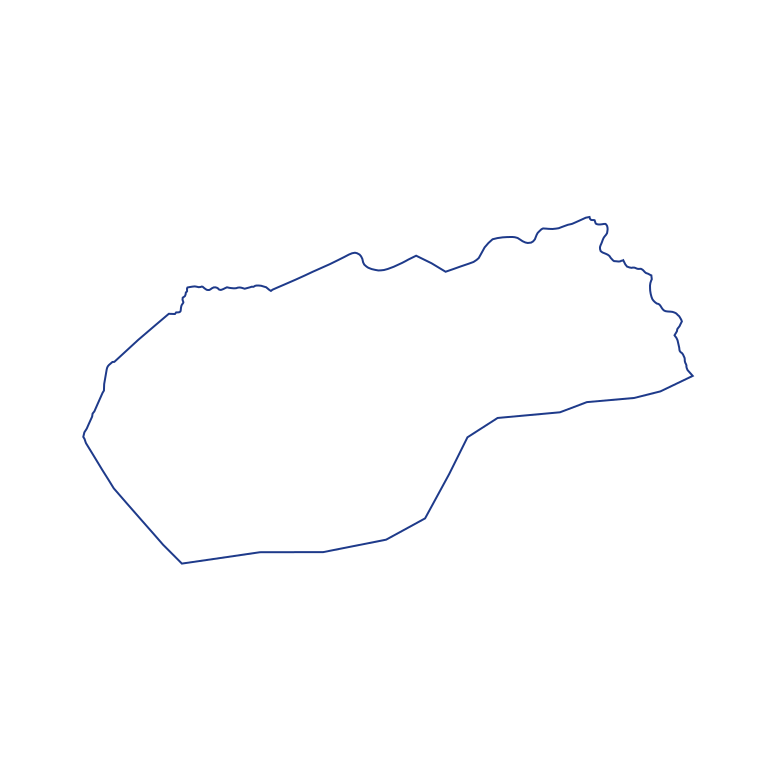 Obuasi East, Ashanti, Ghana (Mercator projection), rotated 227°
{"feature_id": "2480657B26017273678273", "entity_name": "Obuasi East", "entity_type": "district", "adm_level": 2, "iso_a3": "GHA", "parent_name": "Ghana", "parent_adm1": "Ashanti", "projection": "mercator", "projection_center": [-1.604, 6.179], "detail": "fine", "context": "isolated", "style": "outline", "palette": "blue", "viewbox_px": 768, "rotation_deg": 227, "n_neighbors": 0, "source": "geoboundaries", "source_scale": "gbopen_adm2", "svg_char_len": 4246}
<svg xmlns="http://www.w3.org/2000/svg" viewBox="0 0 768 768"><g transform="rotate(227 384 384)"><path d="M179.4,615.3L187.1,615.5L188.0,615.8L189.5,616.4L190.6,617.1L191.4,617.9L192.6,618.4L194.0,618.8L195.4,619.5L196.3,620.2L197.2,621.0L198.3,621.7L199.9,622.2L201.6,622.8L203.3,623.0L204.7,622.7L205.6,622.7L206.7,622.9L207.5,623.4L208.2,623.9L209.1,624.6L210.8,625.6L215.8,628.5L217.3,629.0L218.7,629.4L220.3,629.5L221.5,629.7L222.4,632.9L222.9,634.4L223.6,635.2L224.2,636.2L224.4,637.5L224.7,639.5L225.5,641.5L226.6,644.5L228.2,645.2L229.9,645.6L232.2,646.1L234.0,645.9L235.4,645.9L236.9,645.7L238.5,645.0L240.1,644.1L241.6,642.8L243.6,640.9L245.1,639.7L246.5,639.0L248.3,638.8L250.1,639.0L252.6,639.5L254.2,639.6L255.4,639.3L256.8,638.4L258.9,638.0L261.0,637.9L262.9,638.1L265.2,639.0L268.0,640.5L270.7,642.3L272.6,643.9L274.6,645.7L275.4,646.7L276.2,647.7L277.3,649.7L278.0,651.3L279.2,652.2L280.2,652.9L281.1,653.6L282.5,653.0L284.4,652.4L286.5,651.3L287.8,651.1L288.9,651.1L290.7,651.1L292.1,650.8L293.1,650.4L294.1,649.2L294.9,648.3L296.0,647.6L297.6,646.9L298.6,646.3L299.6,645.2L300.0,644.4L301.7,643.1L304.2,641.8L305.8,642.0L306.7,642.0L311.4,643.4L311.6,642.5L312.3,641.6L312.5,640.6L313.4,639.3L314.6,638.2L316.0,637.0L316.9,636.1L318.2,635.8L319.4,635.8L321.5,635.8L323.9,636.2L326.0,635.8L328.0,635.0L329.7,634.2L331.0,633.6L332.1,633.3L333.4,633.1L335.3,634.0L336.8,635.3L337.7,636.9L338.4,638.6L339.3,640.5L340.1,642.0L340.8,643.6L341.2,644.7L341.5,646.4L341.7,648.1L342.2,650.0L343.6,651.8L344.6,653.0L345.8,654.0L347.3,654.9L348.7,655.2L350.0,655.2L351.0,654.1L352.2,652.3L353.5,650.6L354.7,649.4L355.9,648.6L356.9,648.3L358.0,648.7L359.2,649.3L360.1,649.7L360.8,649.3L361.7,648.3L362.7,647.4L364.2,647.3L365.3,647.8L366.0,648.2L368.0,645.0L369.8,639.6L371.4,634.9L372.8,630.9L373.5,629.6L375.0,627.1L376.2,624.3L377.6,621.0L378.8,618.0L380.3,615.8L382.5,612.9L385.0,610.4L387.1,608.5L389.3,606.4L389.8,604.7L389.8,602.5L389.7,599.5L389.0,597.4L387.4,594.0L386.9,593.0L386.6,590.3L387.1,588.0L389.1,585.3L391.1,583.9L394.0,582.7L396.6,582.1L398.5,581.6L399.7,581.3L402.1,579.8L403.7,578.4L407.2,574.6L410.4,570.7L413.4,566.4L415.8,562.1L415.9,556.5L415.5,552.9L415.3,550.8L414.1,547.2L412.6,542.6L411.5,539.2L411.6,536.3L412.2,532.7L414.2,528.0L417.8,520.0L420.6,513.5L424.1,505.6L439.9,501.1L455.9,495.0L458.4,486.7L459.2,483.5L460.2,479.9L463.1,471.1L465.6,465.1L467.4,461.7L469.2,459.3L470.9,457.3L473.3,455.5L476.4,453.4L479.7,451.8L481.3,451.4L482.5,451.2L484.8,451.0L487.2,451.7L490.3,453.5L493.0,454.3L495.3,454.4L498.0,453.5L499.8,452.3L501.4,449.8L502.6,446.6L504.0,441.5L506.0,434.7L508.6,426.1L510.6,420.3L513.9,410.7L514.6,408.7L517.3,400.3L520.6,390.5L524.6,379.2L525.5,376.7L527.4,371.4L529.0,366.8L529.2,364.8L531.0,364.3L535.1,363.8L539.7,361.1L541.6,359.4L542.9,358.0L543.7,356.7L543.9,355.6L544.2,354.7L545.3,353.7L546.2,351.8L547.3,349.7L548.7,347.1L551.6,345.4L552.9,344.4L554.1,342.9L554.9,341.2L556.3,339.5L558.2,337.8L559.9,336.4L561.1,335.6L561.8,335.1L562.4,333.4L563.0,331.3L563.8,329.3L564.5,328.4L565.9,327.7L567.1,327.8L568.4,327.4L569.7,326.6L570.8,325.3L571.4,323.3L571.6,321.5L572.0,320.2L573.2,319.0L574.0,318.5L576.3,318.0L577.9,317.8L578.8,317.7L579.6,317.1L580.0,316.1L581.2,314.5L582.7,313.5L584.4,312.2L585.8,310.4L586.8,308.9L587.6,307.7L588.6,306.1L588.2,305.1L587.1,304.1L586.2,303.3L586.0,302.4L586.1,301.6L585.7,301.0L584.9,300.1L584.1,298.5L584.1,297.7L584.4,295.7L583.8,295.0L583.0,294.1L581.9,293.6L581.1,293.3L580.4,292.8L580.1,291.8L579.9,290.6L579.5,289.4L578.5,287.9L577.6,286.8L576.7,285.8L576.0,284.8L575.9,284.1L576.2,283.1L577.0,282.0L578.1,280.8L577.8,278.8L582.1,274.5L582.9,257.5L583.9,234.3L584.1,201.9L585.3,200.4L585.5,195.8L585.3,194.2L584.8,192.8L583.9,191.3L574.8,179.3L570.2,174.7L569.5,172.2L564.9,161.4L561.5,153.5L561.1,150.7L559.2,148.3L556.0,140.6L554.1,136.2L553.0,131.9L550.4,128.0L548.0,127.5L545.2,126.2L544.0,125.7L529.8,122.8L513.0,119.3L502.5,117.3L495.0,115.8L492.0,115.2L472.3,114.5L449.6,113.8L428.9,113.2L417.1,112.8L411.6,113.0L390.5,113.7L345.6,178.5L302.5,224.9L268.7,279.4L257.7,322.4L273.7,370.3L288.1,408.7L281.7,443.9L243.3,493.4L232.4,520.0L203.2,557.4L190.1,581.1L179.4,615.3Z" fill="none" stroke="#1e3a8a" stroke-width="2"/></g></svg>